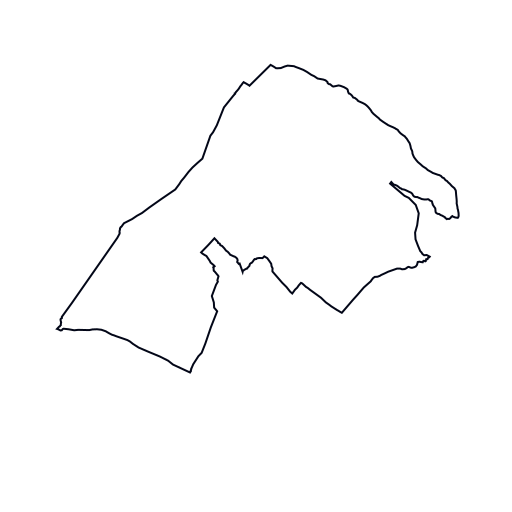 outline of Kaskazini B, Kaskazini-Unguja, United Republic of Tanzania, rotated 133°
{"feature_id": "72390352B15073652071238", "entity_name": "Kaskazini B", "entity_type": "district", "adm_level": 2, "iso_a3": "TZA", "parent_name": "United Republic of Tanzania", "parent_adm1": "Kaskazini-Unguja", "projection": "mercator", "projection_center": [39.266, -5.966], "detail": "fine", "context": "isolated", "style": "outline", "palette": "ink", "viewbox_px": 512, "rotation_deg": 133, "n_neighbors": 0, "source": "geoboundaries", "source_scale": "gbopen_adm2", "svg_char_len": 5912}
<svg xmlns="http://www.w3.org/2000/svg" viewBox="0 0 512 512"><g transform="rotate(133 256 256)"><path d="M138.0,128.5L138.9,131.9L140.8,133.5L141.0,135.6L140.5,137.4L140.4,139.2L138.1,144.4L135.0,150.7L130.4,155.6L123.6,159.1L113.8,166.1L109.7,174.0L109.3,183.9L110.7,188.4L111.6,207.3L109.6,207.5L109.9,204.1L109.2,202.9L108.5,201.1L108.3,200.1L108.1,196.8L107.6,195.8L107.6,194.7L107.1,194.1L106.2,192.6L105.6,190.9L104.6,187.7L104.0,186.0L103.9,184.3L104.6,182.2L104.6,180.6L103.7,179.1L102.8,178.1L102.5,176.9L102.0,175.8L101.3,173.6L99.9,171.5L98.5,170.0L97.1,168.9L96.8,167.8L96.9,167.0L96.1,164.8L96.4,164.0L97.0,163.3L97.5,162.2L97.9,161.8L98.4,159.7L98.9,157.4L99.4,156.8L101.3,154.7L101.6,153.8L101.5,153.0L101.3,152.0L100.3,150.5L100.2,149.0L99.8,148.1L99.4,147.0L99.2,145.8L98.8,144.5L99.1,143.1L98.9,142.7L98.9,141.6L98.1,141.2L97.5,140.4L97.2,140.0L95.9,139.7L94.8,139.8L93.6,139.8L92.9,139.6L92.9,138.8L92.4,137.7L92.1,136.8L90.6,134.6L90.2,134.4L89.3,134.7L88.5,135.1L87.6,136.0L86.4,137.2L85.1,139.0L84.5,139.7L83.9,140.9L82.8,142.1L80.7,145.1L79.3,146.3L77.6,148.1L74.9,151.2L72.7,153.6L71.8,154.7L71.5,155.9L71.1,157.1L71.2,158.9L71.3,160.5L71.2,161.3L71.0,163.6L71.1,165.5L70.9,167.5L71.3,169.0L71.1,170.4L70.9,172.0L71.4,172.8L71.5,173.6L71.3,175.3L71.9,177.3L72.5,178.3L74.8,183.6L74.9,184.6L76.0,189.0L76.0,191.5L76.4,193.6L76.7,195.4L76.7,197.8L76.8,199.7L76.9,201.7L76.6,204.3L76.2,206.6L75.9,208.0L75.0,210.1L74.3,211.5L73.2,212.7L72.6,213.7L71.7,216.0L70.1,218.2L68.7,220.6L68.2,222.8L67.4,225.7L67.2,227.9L67.0,228.7L67.4,231.0L67.7,233.9L67.5,236.8L67.1,238.0L67.4,239.9L67.7,240.5L67.7,241.2L68.4,243.6L69.4,246.3L70.2,248.7L71.2,254.6L71.7,258.5L71.5,260.0L71.7,262.6L71.9,267.1L71.7,269.5L71.1,271.3L70.7,274.0L70.5,276.1L70.5,278.0L70.7,280.0L71.4,282.5L72.7,286.2L73.0,287.4L73.0,287.7L72.7,288.3L73.0,291.5L73.8,293.0L73.4,294.5L73.2,295.9L73.3,297.5L73.5,298.5L73.8,298.9L73.7,299.3L72.9,301.0L72.3,301.7L71.8,302.6L71.8,303.8L72.5,306.8L73.9,310.2L74.9,311.9L77.4,313.6L79.4,315.1L79.7,316.0L79.8,318.3L79.8,318.8L80.5,319.8L80.7,321.4L80.0,322.5L80.1,325.0L81.1,327.2L84.2,332.0L84.8,336.0L85.8,339.1L86.6,344.2L87.6,348.3L89.4,352.9L90.6,355.7L91.3,357.7L95.2,362.7L97.9,364.3L101.6,366.0L103.9,368.2L105.0,369.4L105.3,371.5L105.8,373.8L106.3,375.7L107.3,375.7L135.9,376.9L135.9,377.4L136.6,380.7L136.8,381.5L137.0,382.2L137.3,383.6L138.5,383.6L140.8,383.3L142.6,383.2L144.7,382.8L146.0,382.6L148.1,382.5L148.6,382.5L149.5,382.5L149.9,382.5L150.3,382.3L151.1,382.2L151.5,382.4L151.8,381.9L152.5,382.0L153.4,381.9L154.4,381.9L169.2,380.8L170.4,380.3L170.5,380.3L187.1,373.8L194.8,371.8L199.1,371.4L221.4,361.6L228.1,362.3L234.5,362.8L240.4,362.7L247.8,362.0L252.1,361.8L255.9,361.1L262.4,360.4L278.9,364.1L293.2,367.1L302.3,368.7L307.8,370.5L313.5,371.8L322.0,374.9L324.1,374.7L325.4,374.5L326.5,374.4L326.8,374.6L327.4,374.6L327.8,374.4L328.3,374.4L328.6,374.3L329.2,373.7L329.9,373.3L330.4,373.0L330.7,372.9L331.0,372.7L331.4,372.3L331.9,371.8L332.0,371.5L332.4,371.3L332.7,371.0L337.3,369.8L416.0,358.6L432.9,356.5L433.4,356.0L433.6,355.7L433.8,355.6L434.0,355.6L434.4,355.8L435.0,355.9L435.6,355.8L435.7,355.7L436.2,355.1L436.4,354.9L436.6,354.7L437.0,353.9L437.2,353.7L437.4,353.3L437.6,353.1L438.1,352.9L439.4,351.9L439.7,351.6L440.1,351.7L440.5,351.7L441.1,351.5L441.4,351.5L441.7,351.7L442.1,351.8L445.0,351.8L444.8,351.4L444.3,350.1L443.8,348.2L442.8,347.4L441.2,347.5L440.4,347.1L437.4,343.1L434.3,338.3L431.3,335.7L427.3,331.2L423.9,327.4L421.2,325.5L418.0,322.3L415.4,318.8L413.5,314.5L413.3,313.4L412.6,310.4L411.8,307.6L410.9,305.8L410.0,303.5L406.6,295.9L405.2,292.7L404.5,289.9L404.2,286.0L403.0,279.4L399.5,269.6L395.1,257.8L392.5,248.9L392.0,242.6L388.7,232.5L386.2,224.8L385.7,224.9L384.9,225.3L384.5,225.5L384.4,225.3L383.7,225.8L383.0,226.2L382.8,226.4L382.6,226.5L382.5,226.4L382.1,226.6L377.9,228.1L368.5,229.8L363.9,229.7L354.7,233.3L338.9,240.4L322.9,246.7L322.3,251.4L318.7,255.2L315.4,261.0L304.3,265.6L300.8,266.4L300.1,267.7L296.4,269.6L296.1,270.8L296.1,271.4L295.7,274.3L295.6,275.3L295.5,275.8L295.6,276.7L295.4,277.1L294.8,277.7L294.4,278.2L293.6,278.9L293.5,279.2L293.4,279.6L291.7,279.3L291.6,280.0L291.6,281.2L291.6,281.6L291.8,284.8L291.3,285.9L290.9,287.4L289.8,292.3L290.3,294.2L290.8,296.9L290.8,298.6L281.0,298.4L278.5,298.4L271.4,298.5L271.7,293.6L272.3,292.7L271.7,290.9L272.4,289.5L271.8,287.6L272.0,284.5L272.5,281.6L272.2,279.5L272.4,277.0L272.7,275.9L271.4,271.9L271.0,271.3L270.7,269.1L270.8,268.5L271.0,267.5L271.8,266.4L273.2,265.7L273.5,263.1L272.7,262.8L276.7,255.0L276.2,255.3L275.7,255.4L274.7,255.2L274.3,255.2L271.9,254.4L271.4,254.0L271.1,253.9L270.8,254.1L270.3,254.2L269.5,254.1L267.7,254.1L267.2,254.4L266.5,254.8L265.8,255.0L264.8,254.9L263.9,254.5L263.2,254.5L261.8,254.6L261.0,254.8L260.6,254.8L260.2,254.9L259.2,254.9L258.8,254.3L258.1,253.8L257.5,253.9L256.1,253.0L255.0,252.0L253.1,249.8L251.5,249.7L250.6,249.7L249.9,246.3L250.6,242.7L251.3,239.6L252.9,237.6L253.7,235.5L254.7,234.7L255.4,234.1L256.1,233.4L257.7,218.6L257.9,212.5L258.8,206.6L258.7,203.9L256.3,204.2L254.1,204.5L251.0,204.3L248.4,204.7L245.0,204.8L244.6,203.9L244.5,202.4L244.5,200.2L244.5,198.3L244.3,197.5L244.1,196.4L244.0,195.6L243.9,193.6L242.2,180.0L242.3,173.3L241.7,169.0L241.5,166.7L240.2,159.6L239.9,158.6L239.5,156.5L239.0,154.5L221.8,155.2L215.3,155.3L205.5,155.7L196.2,154.8L195.4,155.0L192.4,155.3L190.3,154.9L188.3,153.0L187.3,152.5L186.6,152.2L186.4,152.0L184.5,151.5L180.9,150.0L177.3,148.6L169.1,144.3L166.9,142.0L166.1,140.1L164.1,138.3L162.4,137.7L160.8,137.5L159.8,136.9L158.9,134.7L158.3,133.9L156.2,132.6L154.7,132.0L152.7,132.2L150.1,133.6L148.7,132.6L148.0,131.4L146.9,129.8L146.1,130.1L145.3,130.2L144.9,129.8L144.6,129.3L144.6,128.8L144.4,128.5L143.9,128.4L143.5,128.7L142.2,129.3L141.8,128.7L141.3,128.4L140.5,128.8L139.4,128.9L138.8,128.4L138.0,128.5Z" fill="none" stroke="#020617" stroke-width="2"/></g></svg>